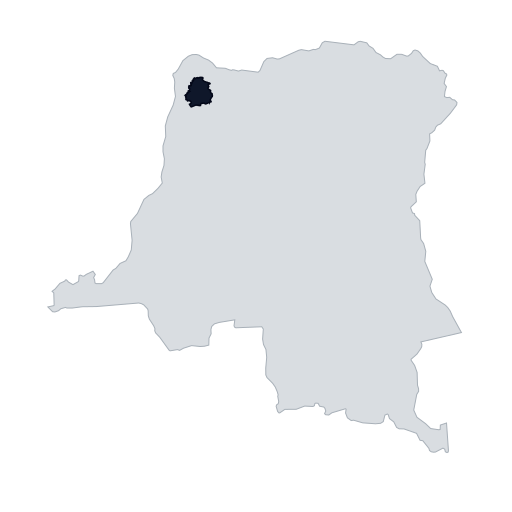 Gemena, Équateur, Democratic Republic of the Congo (highlighted), rotated 356°
{"feature_id": "63176286B43464771754704", "entity_name": "Gemena", "entity_type": "district", "adm_level": 2, "iso_a3": "COD", "parent_name": "Democratic Republic of the Congo", "parent_adm1": "Équateur", "projection": "mercator", "projection_center": [19.592, 3.435], "detail": "fine", "context": "in_parent", "style": "filled", "palette": "ink", "viewbox_px": 512, "rotation_deg": 356, "n_neighbors": 0, "source": "geoboundaries", "source_scale": "gbopen_adm2", "svg_char_len": 7638}
<svg xmlns="http://www.w3.org/2000/svg" viewBox="0 0 512 512"><g transform="rotate(356 256 256)"><path d="M455.6,346.7L414.5,353.2L415.3,355.6L415.0,358.0L413.9,359.9L409.7,365.1L403.5,369.8L403.5,370.9L406.6,376.2L408.6,383.4L408.1,396.2L408.9,399.6L408.8,402.3L406.7,405.3L402.6,420.7L405.3,428.1L413.5,435.1L418.2,440.3L426.3,442.1L427.6,441.9L428.1,437.5L434.4,435.9L434.4,463.5L434.0,465.0L432.8,465.4L431.2,464.5L430.8,461.9L429.1,460.7L421.3,464.1L419.3,464.1L417.1,463.5L415.5,462.1L415.1,460.0L409.5,451.9L406.8,451.3L403.8,444.1L391.5,438.8L386.8,438.4L384.3,436.8L381.9,431.1L377.8,427.5L376.8,423.4L376.0,422.8L373.5,423.7L371.4,430.1L368.6,431.6L363.5,431.7L350.9,429.9L341.9,426.6L339.5,426.8L335.9,423.8L334.4,418.9L335.2,415.1L334.6,414.6L320.8,417.7L317.5,419.7L314.4,419.2L313.4,418.1L314.8,415.5L314.1,412.7L313.1,411.4L309.0,410.3L307.7,407.3L305.3,406.9L304.4,407.3L303.8,409.4L302.3,410.1L294.1,409.1L285.5,411.7L274.1,411.0L268.7,414.2L267.9,414.1L266.7,412.5L265.6,407.3L266.2,405.9L267.9,404.9L268.5,402.8L267.9,397.4L268.4,396.1L267.8,393.1L266.1,388.1L263.7,384.1L258.5,378.1L257.5,375.3L257.9,368.5L259.6,357.9L259.4,350.0L257.3,344.8L256.8,339.3L258.2,329.4L256.8,327.0L230.8,326.2L229.7,325.5L229.2,324.1L230.4,318.2L214.6,319.7L209.8,320.8L206.9,323.2L205.9,326.2L205.8,330.5L203.4,334.6L202.7,341.6L198.4,342.4L194.0,342.4L185.5,340.9L177.3,342.9L173.2,344.8L171.1,343.9L163.7,344.6L162.8,344.0L154.3,330.3L150.5,325.7L149.8,323.5L150.1,321.4L149.1,318.5L145.2,311.5L144.4,308.2L144.6,303.1L144.2,301.3L140.6,296.9L138.3,295.5L135.7,294.7L93.2,295.3L79.2,294.5L68.9,295.1L63.7,294.7L62.3,294.0L57.6,295.0L55.2,296.8L51.5,297.8L49.2,297.4L44.8,292.3L50.8,291.4L51.2,290.9L51.7,278.7L50.1,277.0L53.3,274.9L58.5,269.6L63.5,267.7L64.2,266.6L65.3,266.6L67.1,268.9L71.4,271.8L76.9,269.2L77.4,268.5L78.1,263.3L79.5,262.8L81.8,264.0L83.1,264.0L85.4,262.5L92.3,259.8L94.4,263.2L92.5,266.2L93.3,268.3L93.5,271.7L94.6,272.4L100.1,272.8L101.7,272.0L112.5,260.0L115.3,258.6L119.9,253.9L125.9,251.7L128.5,248.0L132.0,241.3L133.5,231.7L133.0,215.0L133.5,212.8L140.7,205.3L148.2,191.7L153.3,188.1L157.1,186.6L162.9,181.7L167.6,176.7L166.9,170.6L168.0,165.6L170.5,159.3L171.4,152.6L170.5,145.5L170.9,139.7L174.3,130.5L174.6,119.9L177.7,111.0L183.9,99.7L186.8,91.2L186.3,82.9L187.1,76.8L186.8,73.2L185.6,70.1L186.2,68.1L188.5,67.3L191.5,64.1L196.7,56.0L202.4,52.0L206.3,50.7L210.4,50.8L213.1,51.6L217.4,54.8L222.4,57.3L226.1,60.5L229.7,65.5L238.5,66.6L242.3,68.4L244.6,69.1L245.5,68.6L247.3,68.9L251.4,70.3L254.7,69.5L271.0,72.8L272.9,71.2L277.4,62.6L280.8,59.7L286.4,59.4L290.8,61.0L293.1,61.0L313.1,53.7L315.7,53.3L323.0,55.1L327.7,53.9L329.6,54.3L333.7,53.0L337.0,47.9L339.8,46.6L368.5,52.2L372.9,49.4L375.0,49.1L381.4,51.1L383.4,54.3L387.2,57.0L389.9,61.4L394.2,64.0L396.4,66.3L398.9,68.0L404.1,68.6L410.7,64.6L415.5,65.0L420.2,67.1L421.8,67.1L425.3,64.7L427.2,62.2L429.0,61.6L431.8,62.7L434.1,65.1L436.1,68.5L443.3,76.2L450.2,79.4L452.0,84.1L454.5,83.7L455.7,84.1L457.5,87.1L458.8,87.7L459.0,88.9L457.3,91.7L455.7,97.0L457.8,100.3L456.0,105.1L455.1,110.1L457.3,111.3L460.3,111.2L462.9,113.8L465.0,114.2L467.2,116.9L466.7,119.2L459.8,127.2L449.5,137.0L446.1,138.2L444.3,140.0L443.0,142.9L440.0,145.3L437.7,146.3L437.5,153.4L434.0,160.8L432.7,162.3L430.8,174.3L431.2,176.3L429.2,186.1L429.6,195.2L424.6,198.1L421.2,202.6L419.7,205.7L419.7,213.1L414.1,217.7L413.6,218.7L415.1,223.9L417.1,224.8L417.2,226.5L421.8,232.2L421.5,249.5L421.7,251.2L424.1,255.3L425.7,263.2L424.0,273.2L430.2,291.5L427.4,298.2L428.8,304.7L432.5,311.4L441.3,318.1L443.7,320.8L445.9,324.5L448.0,330.3L455.6,346.7Z" fill="#d9dde1" stroke="#a8b0b8" stroke-width="1"/><path d="M204.5,78.1L204.4,78.2L204.4,78.4L204.3,78.6L204.2,78.8L204.1,78.7L204.0,78.8L203.9,78.9L203.7,78.7L203.5,78.8L203.4,78.8L203.3,79.0L203.5,79.1L203.5,79.3L203.4,79.3L203.2,79.1L203.2,79.4L203.1,79.5L203.0,79.4L203.0,79.5L203.4,79.6L203.4,79.8L203.5,80.0L203.3,80.2L203.2,80.2L202.9,80.1L203.2,80.3L203.0,80.6L203.1,80.8L203.3,81.0L203.2,81.2L203.0,81.3L203.1,81.5L202.9,81.6L202.7,81.5L202.3,81.5L202.2,81.6L201.9,81.4L201.7,81.3L201.8,81.4L201.9,81.5L201.6,81.6L201.4,81.6L201.1,81.5L200.9,82.0L201.1,82.0L201.1,82.4L201.1,82.6L201.0,83.0L200.8,83.1L200.9,83.3L200.7,83.3L200.7,83.6L200.7,83.8L200.7,84.0L200.8,84.1L201.2,84.1L201.3,84.2L201.2,84.3L201.3,84.5L201.5,84.6L201.5,85.0L201.4,85.3L201.3,85.5L201.3,86.0L201.2,86.1L200.9,86.3L200.9,86.5L200.7,86.5L200.8,86.6L200.9,86.9L201.1,87.1L200.9,87.1L200.8,87.3L200.7,87.3L200.5,87.2L200.3,87.5L200.3,87.8L200.2,87.8L199.6,87.6L199.5,87.8L199.7,87.7L199.8,87.9L199.8,88.1L199.7,88.2L199.1,88.4L198.9,88.5L199.2,88.8L199.0,89.0L198.8,88.9L198.7,88.9L198.5,89.1L198.3,89.3L198.2,89.6L198.1,89.9L197.6,90.0L197.2,90.2L197.0,90.3L196.9,90.4L197.3,90.4L197.4,90.6L197.2,90.7L197.3,90.8L197.2,91.2L197.1,91.3L196.9,91.5L197.0,91.7L197.0,92.0L196.9,92.2L196.9,92.4L196.9,92.5L197.1,92.9L197.3,92.8L197.3,93.1L197.2,93.2L197.2,93.5L197.1,94.2L197.0,94.9L197.0,95.0L197.3,95.3L197.5,95.2L197.9,95.2L198.0,95.5L198.3,95.7L198.4,95.9L198.6,96.1L198.6,96.5L199.1,96.4L199.5,96.4L199.8,96.4L200.0,96.4L200.2,96.2L200.6,96.2L200.7,96.3L200.7,96.5L200.8,96.7L201.1,96.6L201.4,96.9L201.6,97.2L202.0,97.9L202.1,98.2L202.1,98.6L202.1,98.8L200.5,99.9L200.2,100.0L200.7,101.1L201.7,102.7L201.9,102.7L202.1,102.7L206.6,101.2L206.8,101.2L207.2,101.3L207.3,101.3L207.5,101.5L207.8,101.6L208.0,101.4L208.4,101.4L209.1,101.6L209.3,101.7L209.4,101.9L209.6,102.0L209.8,102.0L210.4,102.0L210.6,102.1L211.1,102.0L211.1,101.9L211.2,101.4L211.3,101.3L211.2,101.0L211.2,100.9L211.3,100.7L211.6,100.6L211.7,100.4L211.7,100.1L211.8,100.0L212.0,100.0L212.1,99.9L212.4,99.9L212.8,99.9L213.2,100.0L213.5,100.0L213.8,99.8L214.2,99.9L214.7,99.9L214.9,100.0L215.1,100.0L215.3,100.0L215.5,100.2L215.7,100.5L215.9,100.7L216.0,100.7L216.3,100.7L216.5,100.8L216.9,100.7L217.2,100.6L217.4,100.5L217.8,100.3L218.2,100.3L218.7,100.0L219.2,99.8L219.9,99.7L220.1,99.7L220.4,99.7L220.4,99.8L220.7,99.4L220.9,99.0L221.3,99.1L221.6,99.1L221.8,99.1L222.0,99.0L222.0,98.9L221.9,98.5L221.7,98.2L221.4,97.8L221.3,97.5L221.2,97.4L221.2,97.2L221.3,97.0L221.7,96.1L222.1,95.5L222.3,95.3L222.4,95.0L222.4,94.9L222.9,94.4L223.5,93.9L223.7,92.7L223.5,92.3L223.5,92.2L223.6,91.4L223.6,91.2L223.4,90.9L222.9,90.5L222.4,90.2L222.2,89.7L222.0,89.1L222.0,88.9L222.2,88.4L222.3,88.0L222.3,87.8L222.2,87.6L222.0,87.4L221.4,87.0L220.4,86.4L220.2,86.1L219.9,85.8L219.8,85.5L219.8,85.4L219.9,85.0L219.9,84.9L220.1,84.7L220.7,83.8L220.3,83.4L220.3,83.0L220.4,82.7L220.4,82.2L220.3,81.7L220.5,81.7L221.6,81.1L222.2,80.9L222.1,80.6L221.8,80.3L221.7,80.2L221.4,80.1L221.1,80.0L220.6,80.0L220.4,79.9L220.1,79.7L219.9,79.7L219.7,79.4L218.6,79.1L217.8,78.7L217.3,78.6L216.9,78.4L216.2,77.8L215.9,77.6L215.4,77.0L215.0,76.6L214.9,76.4L214.9,76.2L214.9,75.8L215.2,75.4L215.2,74.9L215.3,74.8L215.5,74.7L215.4,74.4L215.2,74.2L214.7,74.2L214.3,74.1L214.2,74.0L213.6,74.0L213.4,73.9L213.2,73.9L212.8,73.9L212.7,74.0L212.4,74.2L212.2,74.1L211.9,74.0L211.6,74.2L211.6,74.3L211.4,74.4L211.2,74.4L211.0,74.5L210.8,74.5L210.7,74.4L210.6,74.2L210.4,74.0L210.2,74.1L210.2,74.3L210.0,74.2L209.9,74.2L209.9,74.3L209.7,74.2L209.4,74.1L209.1,74.1L208.8,74.3L208.7,74.4L208.4,74.4L208.2,74.4L207.9,74.5L207.6,74.4L207.4,74.3L207.4,74.5L207.4,74.8L207.2,74.7L206.9,74.7L206.6,74.4L206.5,74.5L206.4,74.8L206.2,75.1L206.1,75.3L205.9,75.2L205.8,75.3L205.7,75.4L205.6,75.5L205.6,76.3L205.4,76.4L205.4,76.6L205.4,76.8L205.6,76.9L205.3,77.1L205.2,77.2L205.1,76.9L204.9,77.1L204.8,76.9L204.6,76.9L204.5,77.0L204.7,77.3L204.6,77.5L204.7,77.8L204.6,78.0L204.5,78.1Z" fill="#0f172a" stroke="#020617" stroke-width="1.5"/></g></svg>